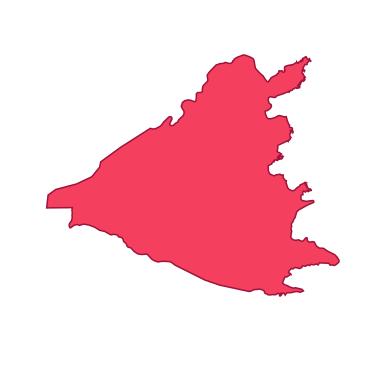 La Pointe, Praslin, Saint Lucia, rotated 347°
{"feature_id": "8701671B89606244104668", "entity_name": "La Pointe", "entity_type": "district", "adm_level": 2, "iso_a3": "LCA", "parent_name": "Saint Lucia", "parent_adm1": "Praslin", "projection": "orthographic", "projection_center": [-60.889, 13.846], "detail": "fine", "context": "isolated", "style": "filled", "palette": "rose", "viewbox_px": 384, "rotation_deg": 347, "n_neighbors": 0, "source": "geoboundaries", "source_scale": "gbopen_adm2", "svg_char_len": 6042}
<svg xmlns="http://www.w3.org/2000/svg" viewBox="0 0 384 384"><g transform="rotate(347 192 192)"><path d="M156.4,256.2L159.1,259.5L184.9,280.8L198.1,289.0L225.8,302.0L231.0,301.1L234.0,301.7L234.9,301.5L236.7,302.1L239.8,304.1L240.3,307.0L241.0,307.8L242.1,308.0L242.7,309.1L244.9,309.9L247.1,310.0L249.9,310.8L250.8,310.8L252.9,309.9L254.6,311.7L254.0,312.7L254.4,313.2L256.3,312.3L255.5,310.7L255.9,310.6L259.1,311.6L259.6,313.4L261.6,311.6L266.2,312.4L271.1,312.3L275.0,314.0L278.3,313.5L277.3,311.6L271.4,308.6L269.3,308.5L265.4,306.3L264.4,305.0L262.1,303.7L259.8,301.4L260.0,300.5L263.2,296.0L263.6,295.7L265.2,296.1L269.3,294.6L269.9,294.8L269.7,293.7L268.1,292.5L268.1,291.8L268.4,291.2L271.5,288.8L272.9,289.7L275.5,288.7L279.7,290.8L282.0,290.3L282.6,289.2L283.3,288.8L285.9,289.9L288.5,289.0L289.6,290.0L290.5,290.1L291.6,289.3L292.3,289.4L294.0,290.4L296.9,290.1L298.3,291.4L298.9,291.3L299.8,289.8L300.4,289.8L308.5,292.0L309.2,292.3L310.2,294.5L312.0,294.4L313.7,295.5L314.6,295.6L316.6,294.9L319.3,293.4L319.9,291.8L319.7,290.9L318.5,287.6L316.9,285.1L310.9,280.2L307.9,276.9L306.9,276.2L303.7,275.4L302.3,274.2L300.9,272.1L299.9,268.2L298.2,267.4L295.5,267.4L294.1,266.5L293.5,265.0L293.9,262.9L293.5,262.3L292.3,262.4L289.2,264.8L288.6,264.7L287.2,264.3L285.2,262.6L282.3,262.4L280.2,261.6L278.7,260.0L278.2,259.0L278.3,257.4L280.3,252.8L280.2,250.1L280.3,249.5L281.3,248.3L281.6,245.7L282.0,244.9L283.5,243.9L285.5,241.1L286.7,240.1L289.4,235.2L291.6,233.6L302.0,230.6L307.2,229.8L308.5,229.3L308.5,228.2L308.1,227.5L301.3,226.8L297.6,225.2L296.7,223.9L296.5,222.6L297.1,221.6L297.0,221.0L297.5,219.8L298.1,219.5L299.6,219.6L299.5,218.1L300.5,216.3L301.1,216.3L302.5,217.6L303.5,216.7L305.4,216.5L305.4,216.8L304.9,217.4L305.2,217.8L307.0,217.2L307.4,216.4L308.2,217.4L308.6,217.3L308.6,216.8L308.1,215.7L306.2,215.2L305.7,213.7L305.0,213.4L305.5,212.7L305.4,212.1L304.6,211.3L305.4,211.0L305.3,210.5L303.7,209.3L303.7,209.0L305.5,208.8L304.5,208.0L301.5,209.0L299.1,209.3L298.3,210.3L296.9,211.0L295.2,211.5L292.8,213.0L291.3,213.6L289.1,212.9L287.2,211.2L286.3,209.8L285.7,204.3L286.5,202.1L285.2,201.4L284.1,198.4L284.6,195.8L282.6,195.5L281.8,194.5L277.7,194.2L275.5,194.7L272.2,192.2L271.5,190.6L271.2,188.2L272.0,184.9L271.8,184.2L272.2,183.5L276.1,182.6L276.6,181.5L278.1,181.0L278.3,180.5L279.0,180.8L279.1,179.8L279.6,179.3L282.5,180.5L283.0,179.8L283.9,179.8L283.6,179.5L282.2,179.4L282.4,179.2L284.7,178.8L284.7,179.4L285.2,179.7L286.0,179.6L286.6,179.9L286.7,179.3L287.6,179.3L287.7,178.5L288.9,178.1L288.4,177.2L285.9,177.2L286.2,176.4L285.0,176.6L284.2,177.8L283.3,177.5L284.4,176.4L287.7,175.1L285.5,172.9L284.7,172.5L284.1,171.6L285.8,167.7L285.7,166.8L286.2,165.9L296.1,163.7L297.1,164.5L297.5,163.4L298.0,163.2L298.5,163.4L299.7,162.4L299.9,161.4L300.7,161.3L300.0,159.2L300.5,157.0L301.7,156.6L301.7,153.4L302.7,155.3L303.5,156.2L303.6,156.9L304.0,156.4L303.8,153.4L304.2,152.4L303.7,151.8L301.7,151.0L301.7,149.9L302.2,148.9L301.6,148.2L300.9,144.2L300.8,139.8L298.5,139.4L294.3,137.1L292.7,137.2L289.5,138.2L285.0,138.3L282.8,137.7L281.7,136.4L281.2,132.9L281.3,129.9L282.0,129.5L283.7,129.7L287.4,128.0L288.8,126.2L288.7,124.5L287.3,123.2L287.0,121.8L287.0,119.6L287.5,117.8L288.6,117.0L289.9,116.8L293.3,118.4L294.6,118.5L296.7,117.3L302.3,116.9L307.2,116.1L308.3,116.1L309.1,116.6L309.5,116.2L309.3,115.6L312.4,115.4L314.0,114.2L315.0,114.4L316.4,113.6L317.0,113.8L317.4,114.6L320.2,114.6L320.6,114.1L320.8,112.9L320.5,112.8L319.9,113.9L319.5,113.9L319.0,113.1L319.6,112.0L319.3,111.8L320.7,110.9L321.0,111.7L321.8,111.6L322.0,111.2L321.3,111.0L322.3,110.3L321.7,110.2L321.8,109.9L322.5,109.0L323.4,109.2L324.0,108.0L325.0,108.0L325.0,108.8L325.4,109.2L326.8,108.5L326.6,107.3L327.2,107.3L326.6,106.2L327.0,105.8L328.1,105.9L327.8,104.7L327.0,103.6L326.9,101.9L326.0,101.2L326.3,99.7L327.4,98.7L328.3,98.8L328.5,99.8L329.2,99.2L329.0,98.5L327.3,97.7L328.0,97.2L327.9,96.5L330.4,93.5L331.2,93.2L332.1,93.7L332.8,93.6L333.4,92.0L334.1,91.8L334.5,91.1L336.0,90.4L336.8,91.4L337.2,91.2L337.2,90.8L336.5,90.4L336.5,88.5L336.2,88.6L336.1,89.3L335.5,89.4L334.3,88.2L333.7,86.0L333.3,85.9L333.0,86.2L332.3,86.0L330.6,86.9L330.3,86.6L329.7,86.9L329.4,87.5L329.6,88.7L329.2,89.2L328.8,89.1L328.4,88.4L327.5,89.4L327.2,88.5L326.4,89.3L325.9,89.2L324.9,89.8L324.0,89.6L324.1,90.3L323.7,90.1L323.3,89.0L323.2,89.4L321.2,89.6L320.3,90.2L317.4,90.8L317.2,90.3L316.6,90.7L314.8,90.2L312.4,90.4L312.0,90.8L311.0,90.5L310.3,91.2L309.8,92.8L309.9,94.3L309.3,94.5L309.4,95.6L307.9,95.9L307.4,95.5L306.9,94.0L305.2,94.2L304.7,93.5L304.0,93.6L302.7,96.0L301.8,95.9L300.6,97.0L295.1,98.3L291.0,101.9L289.6,100.8L287.2,94.6L285.7,92.8L282.0,86.5L281.6,85.1L282.0,78.1L281.8,76.4L281.1,75.4L279.2,73.7L275.7,71.3L273.1,70.0L266.4,70.9L263.3,71.9L262.2,73.1L261.3,73.4L260.6,74.7L258.4,75.4L256.5,74.8L253.7,73.2L251.3,73.7L248.4,73.2L244.0,73.7L236.4,78.6L233.6,81.0L232.9,82.3L232.8,85.5L232.3,87.3L226.6,91.1L225.5,93.3L224.5,96.7L223.3,97.0L219.9,96.4L218.4,97.2L217.1,102.2L216.1,104.1L215.3,104.5L214.4,104.4L211.0,102.1L208.4,101.3L205.2,101.5L202.9,102.6L200.8,106.0L201.0,107.4L202.4,111.7L201.8,114.0L200.2,115.9L195.6,118.4L193.6,120.8L192.0,121.1L188.6,122.9L186.8,122.6L185.6,121.9L185.5,120.6L188.7,116.7L189.1,115.6L188.6,114.1L187.6,113.7L186.4,113.7L180.2,117.4L177.3,119.9L175.5,120.9L170.4,122.2L168.0,121.8L165.7,120.6L132.5,132.4L109.8,142.1L107.6,147.0L97.8,154.6L81.3,158.2L59.8,158.9L51.1,162.6L46.8,174.8L71.8,180.3L71.0,182.5L70.6,185.6L69.7,188.2L69.6,189.8L68.3,192.7L65.6,195.1L64.9,196.3L64.7,198.2L64.9,199.2L65.7,199.6L69.8,197.8L71.2,197.8L73.4,198.1L74.6,199.2L79.3,198.9L84.3,201.1L89.4,204.5L93.3,208.5L98.0,210.7L102.8,215.1L104.1,215.7L106.0,215.5L108.3,216.5L110.0,217.5L110.2,219.1L113.2,220.6L114.2,222.6L114.2,224.8L116.2,227.4L116.7,230.8L120.0,232.9L121.9,236.5L124.7,239.6L126.4,240.7L128.9,241.6L134.0,242.3L134.8,243.3L137.6,248.3L139.2,250.0L142.1,252.0L143.8,252.6L146.5,252.7L149.4,253.3L154.7,254.9L156.4,256.2Z" fill="#f43f5e" stroke="#9f1239" stroke-width="1.5"/></g></svg>